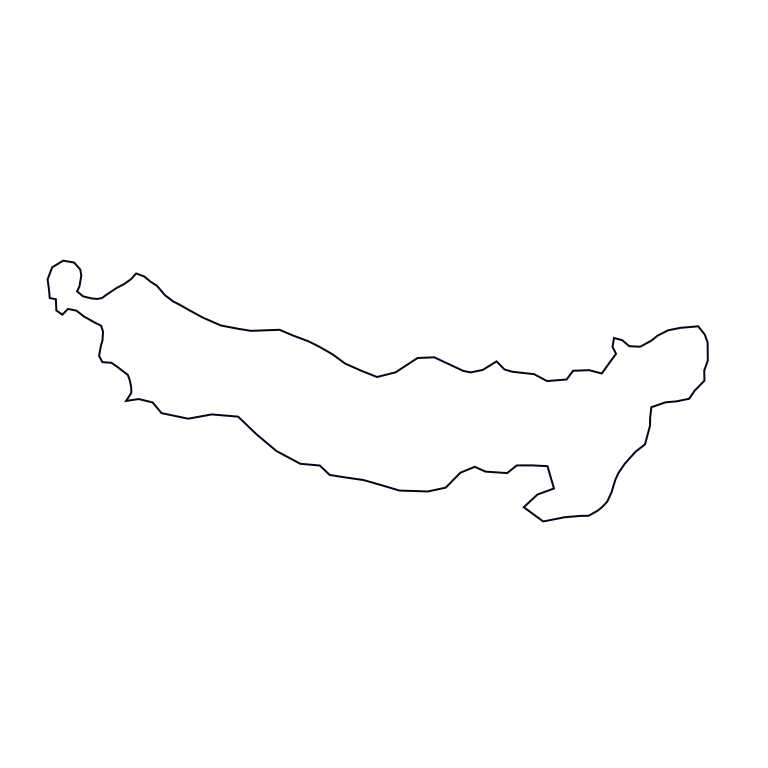 outline of Agia Napa, Famagusta, Cyprus, rotated 175°
{"feature_id": "46923920B61002962813660", "entity_name": "Agia Napa", "entity_type": "district", "adm_level": 2, "iso_a3": "CYP", "parent_name": "Cyprus", "parent_adm1": "Famagusta", "projection": "albers", "projection_center": [34.016, 34.985], "detail": "fine", "context": "isolated", "style": "outline", "palette": "ink", "viewbox_px": 768, "rotation_deg": 175, "n_neighbors": 0, "source": "geoboundaries", "source_scale": "gbopen_adm2", "svg_char_len": 1835}
<svg xmlns="http://www.w3.org/2000/svg" viewBox="0 0 768 768"><g transform="rotate(175 384 384)"><path d="M200.0,235.5L191.6,234.9L182.2,239.2L177.8,242.1L172.0,247.2L166.9,256.0L161.9,268.4L158.2,274.9L151.0,283.7L139.3,294.6L129.2,301.2L122.6,319.4L121.9,326.7L119.7,337.6L105.2,341.2L94.3,341.2L81.3,342.7L75.4,350.0L64.5,359.4L63.8,369.6L59.4,379.1L58.0,397.3L60.2,405.4L66.0,414.1L84.1,414.1L96.4,412.7L107.3,408.3L113.9,403.9L125.5,398.8L136.4,400.3L142.9,406.9L150.9,409.8L153.1,401.1L150.2,393.8L157.4,385.7L166.1,375.5L178.5,379.9L194.4,380.7L201.7,372.6L221.3,372.7L233.6,380.7L255.4,385.1L262.7,388.0L269.9,396.7L284.4,389.4L296.8,388.0L304.0,390.2L331.6,406.2L348.3,407.0L371.5,394.6L390.4,391.6L404.9,398.9L420.9,407.7L432.5,417.9L444.9,426.6L455.7,433.2L471.0,440.5L483.3,447.1L497.1,447.8L511.6,448.5L523.3,451.4L541.4,456.5L558.8,466.0L571.9,474.7L579.2,479.8L587.2,484.9L594.4,491.5L601.7,501.7L607.8,506.4L609.6,508.2L613.4,512.0L621.3,515.7L626.8,510.6L633.8,506.4L641.7,503.1L652.9,497.0L657.5,494.2L662.1,493.7L667.7,494.7L676.1,497.5L681.7,503.1L678.9,507.7L676.1,518.5L676.6,524.5L682.1,532.0L692.8,534.8L704.4,529.2L710.0,517.5L709.5,507.2L709.5,498.8L703.5,497.0L704.0,485.8L698.4,481.1L692.3,486.3L684.0,483.9L677.0,477.4L666.8,470.4L660.7,466.7L659.3,460.6L660.7,451.7L662.6,447.1L665.4,436.8L662.6,430.3L653.7,428.9L648.6,424.7L638.4,415.4L637.0,410.2L636.1,402.8L636.5,397.2L642.4,389.6L629.7,390.4L616.1,385.8L608.2,374.4L582.1,366.5L558.3,368.7L532.2,364.2L515.2,344.8L497.0,326.6L474.3,311.8L455.1,308.4L446.0,298.1L427.8,293.6L413.1,290.2L395.0,283.3L377.9,276.5L349.6,273.1L331.5,275.4L315.6,289.0L300.8,293.6L290.6,287.9L269.1,284.5L258.9,291.3L244.2,290.1L228.3,287.9L223.8,265.1L240.8,260.5L255.5,249.1L237.4,233.2L215.8,235.5L200.0,235.5Z" fill="none" stroke="#020617" stroke-width="2"/></g></svg>